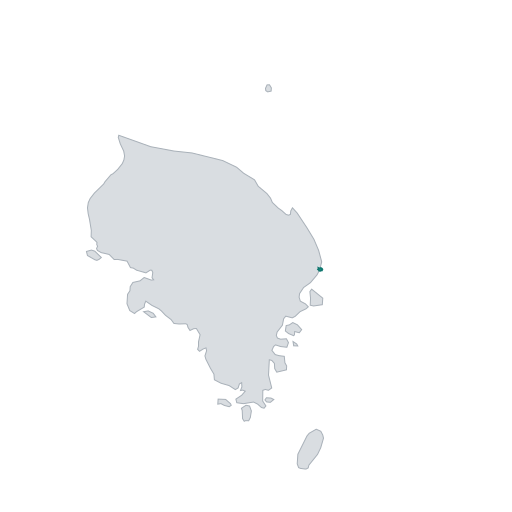 Nam-gu [South District], Busan, South Korea (highlighted), rotated 313°
{"feature_id": "91817680B11476058556898", "entity_name": "Nam-gu [South District]", "entity_type": "district", "adm_level": 2, "iso_a3": "KOR", "parent_name": "South Korea", "parent_adm1": "Busan", "projection": "mercator", "projection_center": [129.093, 35.125], "detail": "fine", "context": "in_parent", "style": "filled", "palette": "teal", "viewbox_px": 512, "rotation_deg": 313, "n_neighbors": 0, "source": "geoboundaries", "source_scale": "gbopen_adm2", "svg_char_len": 3983}
<svg xmlns="http://www.w3.org/2000/svg" viewBox="0 0 512 512"><g transform="rotate(313 256 256)"><path d="M155.8,131.7L157.5,130.4L157.6,128.5L157.6,122.3L162.4,118.1L169.2,109.3L172.5,104.4L176.3,99.9L180.7,96.9L185.0,95.5L191.8,94.9L204.8,95.5L207.4,94.9L216.4,94.5L218.6,95.3L225.1,95.8L232.4,95.2L236.1,93.9L239.5,91.7L242.5,87.7L245.5,80.2L248.8,74.4L250.7,73.3L264.1,104.4L276.8,124.4L287.7,138.9L303.1,166.6L307.7,181.3L308.1,190.5L310.7,203.0L308.5,210.1L309.1,221.4L308.2,227.2L306.3,231.4L306.2,239.6L306.8,243.9L306.9,249.7L308.1,252.0L309.9,252.8L312.7,250.7L316.1,249.8L315.5,256.8L311.3,274.3L307.7,287.0L302.8,298.0L296.5,308.1L289.0,312.1L283.8,313.5L273.7,314.0L265.4,312.3L258.2,313.5L255.3,315.6L253.2,319.2L254.7,324.8L254.5,328.9L251.5,328.6L245.4,326.2L238.6,325.8L235.5,324.7L232.3,318.8L229.0,319.0L223.4,322.5L214.8,323.3L211.7,325.1L210.6,327.6L211.9,330.7L216.2,334.7L214.8,338.8L210.3,340.8L206.6,335.8L204.3,330.9L201.8,330.6L197.8,332.0L197.0,337.3L198.9,340.9L201.9,345.1L197.6,350.0L196.5,353.4L193.5,355.9L185.2,350.4L186.4,346.5L190.0,342.7L190.4,338.8L189.2,336.5L177.4,346.4L170.2,357.5L166.3,356.7L164.7,353.8L162.4,352.6L154.5,359.8L153.1,365.5L150.2,365.7L148.9,363.3L148.8,358.2L147.5,353.8L139.4,347.5L135.6,342.0L137.6,338.9L144.4,340.5L149.8,340.3L148.8,337.7L147.0,336.4L150.6,335.0L153.6,331.9L151.1,331.1L147.3,332.9L144.2,332.0L142.9,324.7L139.1,317.2L137.1,310.0L140.9,305.8L142.8,299.3L146.3,289.8L148.1,286.8L153.0,284.5L154.7,282.1L152.0,280.8L147.8,279.7L147.9,277.0L150.8,275.5L154.0,272.5L160.3,268.8L162.3,261.9L160.5,260.1L156.5,258.5L157.4,255.0L159.0,252.3L158.4,250.7L153.8,246.1L150.7,242.0L151.6,237.3L150.9,230.2L151.3,224.2L151.1,220.9L148.9,213.6L147.8,206.2L144.8,207.3L142.4,209.1L133.8,206.6L131.1,206.4L130.0,200.9L133.1,194.2L140.4,188.2L144.6,187.5L147.8,184.9L152.7,184.0L158.7,188.1L164.0,188.9L167.0,195.9L168.8,197.4L169.2,194.8L173.5,191.8L174.5,189.5L173.6,188.3L168.6,187.0L164.2,178.4L163.5,174.6L161.9,172.1L164.3,165.2L159.2,157.2L156.7,154.7L157.0,147.6L154.4,143.0L152.9,140.5L151.9,136.2L152.7,134.3L155.1,133.5L155.8,131.7ZM139.1,437.3L136.6,438.7L134.3,437.9L133.7,437.2L131.0,433.4L130.3,431.5L132.1,427.9L139.6,421.8L159.2,416.0L162.7,415.8L170.4,418.2L172.0,422.9L170.6,426.9L168.8,429.6L159.9,434.1L152.9,436.3L139.1,437.3ZM270.7,333.6L265.6,337.7L258.7,332.2L257.0,329.2L262.3,324.7L266.7,319.7L269.7,319.3L270.7,333.6ZM233.9,333.2L233.3,339.6L229.4,340.0L227.1,335.8L224.7,337.8L223.4,337.9L221.5,332.7L221.2,328.6L225.7,325.5L228.4,327.4L232.4,328.3L233.9,333.2ZM134.0,362.0L130.5,363.0L128.5,360.7L127.1,360.1L127.9,357.1L133.6,351.3L134.7,349.2L140.0,350.5L141.9,353.6L139.5,358.3L134.0,362.0ZM149.6,134.8L149.4,143.9L146.4,143.5L144.3,142.6L143.4,140.8L141.4,132.4L143.7,128.9L148.1,131.6L149.6,134.8ZM130.6,338.1L129.9,339.7L127.5,339.2L125.1,334.7L124.1,331.0L121.6,329.1L125.5,325.9L130.4,331.6L130.6,338.1ZM144.0,219.9L143.2,224.3L139.6,221.4L138.6,211.8L142.3,214.6L144.0,219.9ZM389.4,152.6L386.9,154.6L384.0,152.6L383.6,150.4L385.1,148.6L388.7,147.4L390.4,149.1L389.4,152.6ZM162.3,363.8L163.2,366.9L158.8,366.3L156.5,363.3L156.8,360.7L159.4,360.3L162.3,363.8ZM219.4,345.8L218.7,347.9L216.0,344.8L218.7,341.4L219.4,345.8Z" fill="#d9dde1" stroke="#a8b0b8" stroke-width="1"/><path d="M289.9,309.6L289.5,310.2L289.2,310.2L289.0,310.3L288.9,310.4L288.8,310.5L288.7,310.6L288.6,310.4L288.4,310.4L288.4,310.7L288.5,310.9L288.5,311.0L288.5,311.4L288.4,311.7L288.5,311.9L288.4,312.0L288.6,312.1L288.8,312.1L288.7,312.4L288.8,312.3L288.8,312.5L288.6,312.8L288.6,313.0L289.0,313.3L289.8,313.4L289.8,313.0L290.0,313.1L290.1,314.0L290.3,314.2L290.6,314.1L290.5,313.9L290.9,313.4L291.1,313.5L291.3,313.6L291.6,313.6L291.6,313.3L291.7,313.1L291.8,313.0L291.8,312.9L291.8,312.7L291.8,312.3L291.8,312.2L291.7,312.0L291.6,311.9L291.5,311.6L291.4,311.5L291.2,311.7L291.2,311.4L290.9,311.2L289.9,310.4L290.1,310.2L290.0,309.9L289.9,309.6Z" fill="#14b8a6" stroke="#0f766e" stroke-width="1.5"/></g></svg>